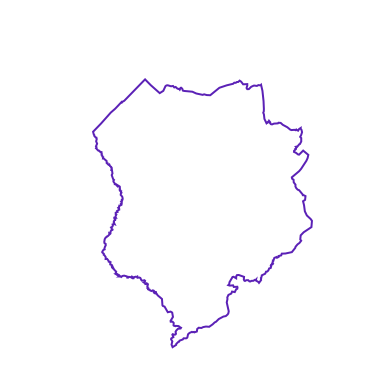 outline of Mlele, Katavi, United Republic of Tanzania, rotated 224°
{"feature_id": "72390352B12905062635487", "entity_name": "Mlele", "entity_type": "district", "adm_level": 2, "iso_a3": "TZA", "parent_name": "United Republic of Tanzania", "parent_adm1": "Katavi", "projection": "mercator", "projection_center": [31.658, -6.61], "detail": "fine", "context": "isolated", "style": "outline", "palette": "violet", "viewbox_px": 384, "rotation_deg": 224, "n_neighbors": 0, "source": "geoboundaries", "source_scale": "gbopen_adm2", "svg_char_len": 5904}
<svg xmlns="http://www.w3.org/2000/svg" viewBox="0 0 384 384"><g transform="rotate(224 192 192)"><path d="M198.8,83.8L197.6,83.3L197.9,82.7L197.2,82.2L195.9,82.1L195.7,82.6L194.1,82.1L191.2,82.0L190.6,80.7L189.5,80.9L190.0,80.0L186.6,80.7L187.2,81.2L186.9,81.5L186.0,81.5L185.5,81.2L185.6,80.8L184.7,81.7L183.9,81.7L183.7,83.3L182.7,84.7L180.1,86.1L179.5,86.1L179.1,85.5L178.5,85.9L178.5,87.1L176.7,88.3L176.6,89.4L176.1,89.5L176.2,88.8L175.4,88.8L175.5,88.5L174.9,88.6L174.1,89.4L174.6,90.4L173.7,91.9L172.8,92.5L172.6,93.2L171.6,92.5L170.6,93.8L169.5,94.3L167.4,93.5L166.3,93.5L164.9,95.5L164.0,95.5L163.3,94.1L163.6,93.5L162.1,93.8L161.6,93.4L160.8,94.3L161.0,94.9L159.9,95.1L159.3,94.7L158.8,93.2L157.9,92.9L157.5,92.0L156.6,92.4L156.0,91.5L155.0,91.8L154.7,92.3L153.6,92.1L152.4,92.6L151.9,93.9L151.0,93.8L150.9,94.4L150.5,94.4L149.7,93.2L148.6,93.2L147.9,94.2L148.7,94.8L148.4,95.0L146.9,93.9L146.2,94.2L145.0,93.8L139.3,94.2L134.6,90.0L133.8,89.8L132.1,90.5L125.9,88.7L124.3,91.1L122.5,91.5L118.9,88.9L117.9,84.4L117.2,83.9L115.9,85.2L114.2,85.1L112.6,83.2L112.2,83.2L110.8,83.9L110.7,84.4L108.5,86.2L107.4,86.4L107.1,86.1L105.6,86.7L105.4,85.9L107.1,83.8L107.1,81.5L106.7,80.0L105.1,78.9L104.9,78.3L105.2,77.4L107.1,76.3L107.0,75.7L104.6,74.7L105.2,72.2L104.7,71.5L102.4,70.9L100.7,68.0L98.2,66.9L97.2,71.0L97.8,71.8L97.7,74.8L97.3,75.4L97.7,76.4L96.2,79.5L96.4,80.9L94.6,82.6L94.3,83.3L94.3,84.1L96.0,86.9L95.9,88.9L94.9,91.3L94.4,91.4L93.3,92.8L92.8,92.7L91.6,95.0L93.1,97.1L92.9,99.0L90.8,100.7L90.1,102.6L88.5,104.9L86.0,107.0L85.2,111.2L85.1,113.9L84.6,115.3L84.5,119.2L82.9,124.2L81.5,126.2L81.3,128.6L81.5,129.8L82.7,131.7L90.3,136.7L92.1,139.6L93.4,140.7L94.3,143.3L93.2,146.2L94.0,148.2L91.7,149.7L92.7,152.8L92.2,153.8L92.8,154.8L93.6,155.3L96.0,152.7L97.6,153.4L99.8,150.9L101.2,150.2L101.2,151.5L102.4,153.2L103.8,159.0L103.2,159.9L100.3,160.6L101.6,162.0L101.9,163.5L100.7,164.8L95.6,167.1L93.9,165.0L92.8,164.6L92.1,164.8L91.7,166.2L90.3,167.6L88.6,167.6L87.8,168.3L87.6,169.3L86.2,170.7L85.8,172.4L85.1,172.7L85.1,173.5L84.6,172.7L81.7,173.4L80.7,173.2L81.1,176.6L81.7,177.0L82.1,177.8L82.7,178.0L83.0,179.3L83.9,180.5L82.6,184.1L83.4,186.1L82.6,187.1L82.6,188.6L83.4,190.6L82.6,192.0L83.4,193.5L84.1,193.6L84.5,194.5L83.8,195.8L83.9,196.6L84.8,196.5L84.8,197.2L85.4,197.6L85.6,198.9L86.3,199.1L86.1,199.9L87.0,201.8L86.0,204.0L85.3,203.7L85.0,204.1L84.6,205.7L85.2,206.2L83.8,208.4L84.6,210.0L82.1,212.6L78.4,218.1L78.9,223.5L79.5,224.6L79.7,227.7L79.3,229.9L79.6,232.8L81.2,233.1L83.7,236.3L83.7,240.6L81.7,249.7L85.7,254.6L87.9,255.0L93.1,254.9L97.4,256.5L102.2,260.3L105.7,262.5L105.2,264.9L107.5,267.9L109.7,267.2L110.1,266.7L110.7,267.1L116.2,267.7L117.6,267.1L119.7,267.2L121.4,267.8L122.7,269.2L125.5,269.6L127.5,271.4L129.2,271.1L130.4,271.9L129.4,281.4L129.6,284.5L131.4,293.9L132.4,296.7L134.1,299.5L140.8,299.0L140.9,293.3L141.7,292.7L144.5,292.4L146.5,291.7L147.2,292.6L147.1,294.6L147.5,294.7L147.2,295.3L147.9,296.2L147.8,296.6L148.7,296.7L147.8,298.2L148.0,300.9L147.7,301.5L148.5,304.2L150.9,306.7L152.5,306.8L153.0,308.7L154.4,311.5L156.5,312.8L157.9,313.0L158.3,313.5L158.7,311.8L158.3,309.8L160.4,309.4L160.3,308.5L161.6,307.8L163.4,305.7L164.6,305.1L168.4,304.8L173.4,303.4L176.2,303.3L177.9,301.9L177.9,301.0L180.5,298.2L181.4,296.2L182.4,295.6L183.5,295.7L184.5,296.0L184.4,296.5L185.9,296.7L185.6,296.1L186.0,296.1L185.9,295.4L186.7,295.6L185.8,294.9L185.7,294.2L186.2,293.7L186.2,293.2L190.7,294.9L194.2,297.8L195.8,298.5L196.4,299.9L197.9,301.6L203.7,307.1L211.6,313.7L216.8,317.1L216.8,316.3L218.5,315.0L219.0,313.4L221.3,311.7L221.7,310.9L222.5,308.8L222.6,305.5L223.7,304.4L224.6,304.5L225.2,305.0L226.1,306.9L227.2,308.0L230.0,305.0L233.3,305.5L235.1,305.2L235.2,303.3L236.1,302.3L236.4,300.9L237.5,300.0L237.6,298.4L241.1,292.9L244.7,286.0L246.1,274.3L248.7,272.0L251.1,270.7L251.8,269.3L257.4,265.8L261.4,264.4L267.9,259.2L269.0,258.6L270.7,259.5L272.2,259.5L272.5,259.1L271.9,257.1L273.0,257.2L273.4,256.6L274.6,256.2L276.7,256.2L277.4,254.9L279.3,255.1L280.5,253.5L283.6,251.9L284.4,250.9L284.6,249.7L282.9,244.8L283.9,240.7L295.8,240.2L304.0,240.4L304.1,210.5L304.6,209.0L304.6,207.7L305.2,207.8L305.1,198.6L305.6,192.7L305.0,178.2L305.0,166.6L302.5,165.1L301.9,165.1L301.3,164.5L299.0,164.3L298.5,164.7L297.3,163.9L296.2,161.9L293.8,160.8L292.8,158.1L292.0,158.0L291.5,156.9L291.0,157.2L290.4,156.7L288.1,156.7L287.8,157.1L286.4,157.1L285.0,157.7L284.9,157.2L284.3,157.4L283.7,157.1L282.9,155.9L282.0,156.0L281.1,155.2L280.1,155.4L279.4,154.4L279.2,154.7L275.0,155.0L273.5,153.6L272.7,154.0L272.4,153.6L270.9,153.6L270.6,154.4L269.0,153.7L267.6,153.9L267.1,153.4L266.3,153.5L265.4,151.9L265.0,152.3L262.1,150.1L261.5,148.4L257.7,146.5L256.5,146.5L256.3,145.4L255.7,144.9L253.5,144.5L253.0,144.0L252.2,144.8L250.6,145.1L250.7,144.4L249.1,144.4L248.9,145.5L247.7,145.7L246.3,144.5L246.1,143.8L245.1,143.6L244.9,142.9L243.9,142.9L243.5,143.3L242.8,142.4L242.2,142.4L242.1,141.5L241.3,140.4L239.0,140.2L237.5,139.3L236.7,138.3L237.1,137.7L236.2,137.0L236.4,136.0L235.5,135.9L235.1,135.4L235.0,134.1L234.6,134.0L234.3,134.5L233.8,133.8L234.4,131.9L234.8,131.7L234.2,130.5L233.3,129.8L233.8,129.3L232.1,128.7L232.7,126.3L231.7,125.9L232.5,124.1L231.3,122.9L230.7,123.1L229.9,120.9L228.8,120.6L230.0,119.5L229.6,119.1L228.1,119.0L227.8,118.5L228.2,118.1L227.9,116.6L227.3,116.3L227.2,115.8L225.3,115.1L226.0,114.8L226.6,113.5L225.6,112.9L225.2,111.6L225.6,110.3L224.6,110.1L223.9,109.5L223.1,109.8L222.9,109.5L223.4,108.2L223.1,106.9L221.8,105.5L221.8,105.0L222.8,104.8L221.9,104.0L221.9,101.9L222.3,101.0L222.1,100.2L222.5,99.4L222.0,97.4L220.4,95.1L219.3,94.4L218.1,94.7L217.0,93.7L216.6,92.2L215.6,90.3L215.0,90.0L215.5,88.9L215.1,86.8L214.6,86.2L212.5,86.3L211.9,85.5L211.0,85.7L208.8,85.2L207.6,83.8L206.6,84.9L204.5,84.6L203.5,84.0L202.7,84.7L202.2,84.4L201.8,84.8L200.5,83.1L198.8,83.8Z" fill="none" stroke="#5b21b6" stroke-width="2"/></g></svg>